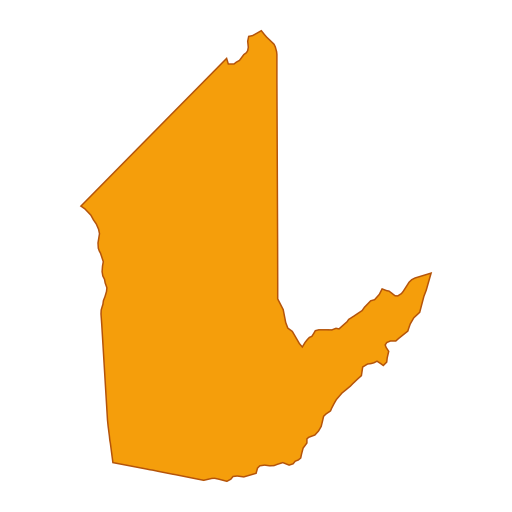 outline of Tacaratu, Pernambuco, Brazil
{"feature_id": "56859067B10052664253182", "entity_name": "Tacaratu", "entity_type": "district", "adm_level": 2, "iso_a3": "BRA", "parent_name": "Brazil", "parent_adm1": "Pernambuco", "projection": "mercator", "projection_center": [-38.018, -8.913], "detail": "fine", "context": "isolated", "style": "filled", "palette": "amber", "viewbox_px": 512, "rotation_deg": 0, "n_neighbors": 0, "source": "geoboundaries", "source_scale": "gbopen_adm2", "svg_char_len": 2176}
<svg xmlns="http://www.w3.org/2000/svg" viewBox="0 0 512 512"><path d="M226.6,58.4L199.0,86.4L171.6,114.1L80.9,206.1L84.8,208.8L90.9,215.2L93.4,219.8L96.3,224.0L98.6,229.3L99.5,233.7L98.0,242.9L98.3,248.2L99.3,251.0L100.5,253.2L101.8,257.1L103.3,261.7L102.5,266.1L102.1,271.7L102.8,275.9L104.5,279.3L105.2,283.0L106.9,287.8L106.5,291.5L105.0,296.6L103.4,300.7L102.9,304.4L102.1,306.9L101.2,310.0L101.0,313.9L101.3,318.1L101.8,325.3L102.0,328.7L105.6,388.6L107.5,420.1L108.1,426.0L109.4,436.1L109.8,440.1L110.4,443.5L112.9,462.6L146.9,469.1L149.6,469.7L152.6,470.1L158.5,471.4L172.7,474.2L175.2,474.6L193.1,478.2L203.7,480.3L211.9,478.4L214.7,478.3L218.5,479.1L226.9,481.3L230.8,479.2L233.0,476.5L237.2,476.0L243.8,476.9L256.1,473.3L257.5,468.1L259.8,465.8L264.6,465.1L269.7,465.8L274.0,465.6L277.4,464.3L282.8,462.6L289.1,465.1L293.1,463.8L295.2,461.2L298.3,460.0L300.7,458.0L301.6,453.8L303.1,448.1L306.9,443.0L306.9,438.9L308.7,437.3L314.9,435.0L318.6,430.9L321.2,426.4L322.4,421.5L323.6,416.3L326.1,413.9L330.5,410.9L331.6,408.3L334.1,403.5L336.4,399.5L342.0,393.0L350.4,386.1L352.6,383.8L357.3,379.3L361.4,375.6L362.7,367.0L367.6,364.0L370.9,363.6L373.9,362.8L377.0,361.2L380.1,363.2L383.3,365.5L386.7,362.1L387.2,357.9L388.7,351.4L386.1,347.4L385.2,344.9L386.8,342.5L390.4,341.0L395.8,341.0L398.7,338.4L407.8,331.1L408.7,328.3L410.2,324.0L412.0,320.9L413.8,317.8L419.7,312.3L423.9,296.3L426.2,290.3L429.9,277.3L431.1,273.1L415.0,278.0L411.7,279.7L409.1,282.2L403.2,291.4L401.4,293.6L397.8,295.9L395.1,295.8L389.0,291.1L386.5,290.6L382.1,288.9L379.3,294.4L374.6,299.7L370.7,300.8L364.5,307.2L362.1,310.6L351.4,317.7L348.7,319.4L347.1,321.7L339.0,328.9L336.0,328.3L331.9,329.9L326.6,329.8L318.8,329.8L315.3,330.7L313.7,333.5L311.8,336.4L309.4,337.4L307.4,339.5L305.1,342.4L302.3,347.0L299.4,343.6L292.3,331.4L287.8,328.1L285.7,322.5L283.2,309.6L277.7,298.9L277.7,283.6L277.6,244.5L277.3,170.5L276.9,79.9L276.9,54.6L276.6,51.7L275.3,46.9L274.0,44.2L266.6,37.1L264.6,34.8L261.3,30.7L252.6,35.6L248.7,36.4L247.7,41.2L248.3,47.3L247.7,50.6L246.4,52.7L243.8,54.6L239.5,60.4L236.4,62.1L234.0,64.0L228.3,64.0L226.6,58.4Z" fill="#f59e0b" stroke="#b45309" stroke-width="1.5"/></svg>